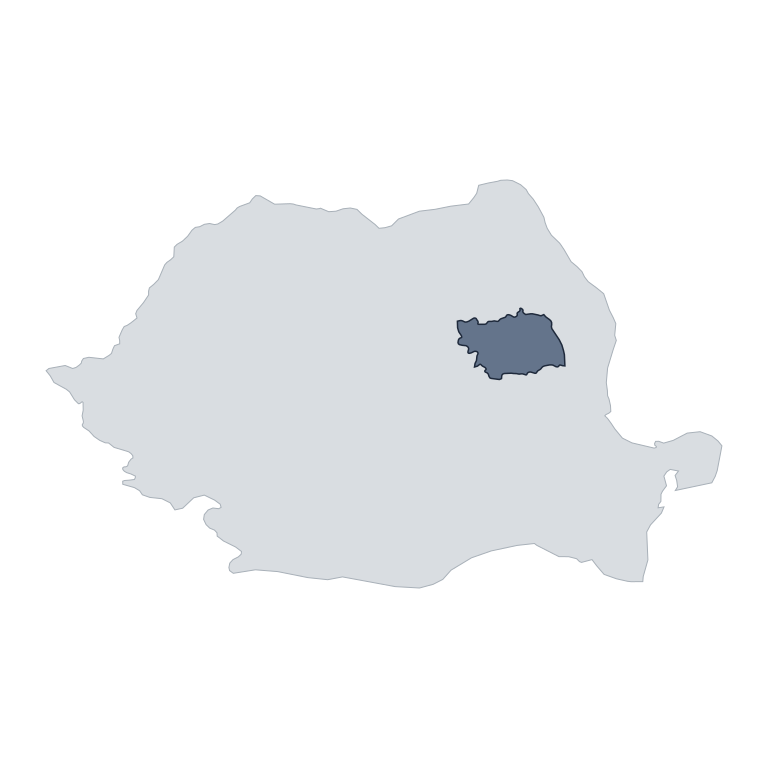 location of Bacau within Romania
{"feature_id": "ROU-312", "entity_name": "Bacau", "entity_type": "County", "adm_level": 1, "iso_a3": "ROU", "parent_name": "Romania", "parent_adm1": "", "projection": "robinson", "projection_center": [26.661, 46.412], "detail": "fine", "context": "in_parent", "style": "filled", "palette": "slate", "viewbox_px": 768, "rotation_deg": 0, "n_neighbors": 0, "source": "natural_earth", "source_scale": "10m", "svg_char_len": 5754}
<svg xmlns="http://www.w3.org/2000/svg" viewBox="0 0 768 768"><path d="M614.8,428.9L622.4,438.1L632.0,442.9L654.2,448.1L656.2,447.5L656.4,446.5L654.8,445.2L654.6,443.5L655.6,441.4L658.7,441.3L663.7,443.1L673.2,440.4L687.2,433.1L700.1,431.7L711.9,436.0L718.0,441.0L721.9,445.8L720.8,451.7L720.1,455.4L717.2,470.6L715.2,476.4L711.8,482.8L675.3,490.5L677.6,486.8L676.7,480.4L675.1,475.5L678.5,471.0L670.2,469.4L666.7,471.9L663.9,476.1L666.5,485.8L662.5,491.2L661.0,494.2L660.9,501.4L658.6,504.4L658.1,507.8L664.0,506.9L661.4,513.1L650.5,524.9L646.7,532.0L647.9,559.9L643.2,576.6L642.8,581.6L631.1,581.7L627.6,581.3L616.5,578.8L604.1,574.4L596.7,565.8L592.0,559.6L581.5,562.4L579.5,561.6L576.6,558.7L568.7,556.7L558.9,556.6L536.9,545.4L534.4,543.5L517.2,545.4L491.3,550.9L471.5,557.8L451.1,570.1L442.8,579.4L433.2,584.3L419.5,588.0L395.1,586.6L369.7,581.9L342.5,576.9L327.7,579.7L307.8,577.6L277.8,571.6L255.4,569.8L233.3,573.3L229.6,570.6L228.9,567.5L229.8,563.1L233.0,559.6L238.3,556.9L241.2,554.2L241.5,551.5L235.6,547.0L223.5,541.0L218.5,537.1L217.2,536.2L217.0,532.8L214.5,530.1L209.7,528.1L206.1,524.6L203.6,519.4L204.3,514.6L208.1,510.0L212.9,508.0L218.7,508.7L221.1,507.4L220.2,504.2L214.6,500.1L204.3,495.1L193.7,497.8L182.7,508.2L174.9,509.9L170.3,502.9L161.9,498.7L149.8,497.4L142.4,494.8L139.6,490.7L134.4,487.6L122.8,484.3L122.7,481.2L124.6,480.5L128.8,480.2L134.4,479.5L135.3,477.7L135.4,476.1L131.0,474.0L126.6,472.6L124.3,471.2L122.9,469.6L122.6,468.0L124.0,466.9L125.8,466.8L127.6,465.9L128.7,462.2L131.1,459.1L132.9,458.0L132.8,455.7L131.1,453.6L128.7,451.8L125.2,450.7L114.1,447.4L108.6,443.0L105.2,442.8L99.8,440.4L94.1,436.5L89.1,431.0L83.7,427.4L82.4,425.9L82.3,424.6L83.3,423.0L83.4,421.3L82.1,415.9L83.2,410.2L83.1,404.9L83.1,402.5L82.1,401.7L81.1,402.5L79.7,403.6L78.4,403.7L74.5,399.8L69.6,391.9L66.2,389.2L59.6,385.6L54.0,382.5L50.2,375.8L46.1,370.7L48.9,368.5L65.2,365.5L72.7,368.5L76.1,367.4L79.4,365.0L81.3,363.1L81.7,361.1L83.4,358.5L88.9,357.3L103.3,358.9L109.2,355.3L111.5,353.4L112.9,349.1L114.5,345.7L119.7,343.8L119.7,340.7L119.0,337.3L122.3,329.7L124.2,326.5L127.1,325.4L130.7,323.0L137.0,318.0L135.7,313.7L137.0,310.4L143.5,302.6L148.6,295.0L148.6,291.2L149.4,287.9L153.8,284.3L158.4,279.6L164.7,264.9L166.9,262.4L170.8,259.6L173.8,256.8L174.3,247.1L177.1,244.3L182.4,241.2L187.7,236.2L192.0,230.2L195.3,227.4L199.7,226.7L204.4,224.3L209.6,223.5L214.6,224.6L217.8,224.0L222.7,221.1L235.3,210.2L237.1,208.0L239.6,206.5L249.7,202.8L252.3,199.0L255.8,195.6L260.2,195.9L274.6,204.2L290.1,203.7L293.0,204.0L293.9,204.2L295.8,204.9L316.3,209.0L319.5,208.6L320.4,208.2L328.7,211.7L336.0,211.2L343.0,208.8L350.3,208.0L357.0,209.4L362.0,214.3L375.1,224.5L379.0,228.3L385.0,227.7L391.7,225.8L398.5,219.0L419.4,211.2L435.2,209.3L450.7,206.2L468.6,204.0L473.8,197.6L476.7,193.3L478.7,185.3L488.3,183.0L497.5,181.3L500.7,180.3L507.4,180.0L512.6,180.7L520.6,184.7L526.2,189.6L528.4,193.6L533.2,199.1L538.3,206.9L543.9,217.3L545.1,222.6L547.2,228.3L551.4,235.2L559.4,242.9L560.5,244.3L564.1,249.7L571.1,261.7L576.9,266.5L582.0,271.7L584.5,276.9L588.2,281.7L596.7,288.0L603.7,293.7L609.4,310.2L613.3,317.8L615.8,323.6L614.7,335.4L616.3,340.4L613.2,349.6L607.6,368.0L606.3,382.7L607.4,390.7L607.6,395.8L609.0,399.0L610.5,405.7L610.8,411.5L608.8,413.2L605.9,414.6L604.8,415.8L607.5,418.4L611.1,423.3L614.8,428.9Z" fill="#d9dde1" stroke="#a8b0b8" stroke-width="1"/><path d="M491.1,378.4L489.9,377.9L489.5,377.2L489.0,376.4L488.4,374.5L488.0,373.7L487.4,373.1L486.6,372.6L485.2,372.0L484.8,371.2L485.0,370.5L486.0,369.6L486.1,369.0L485.8,368.3L485.1,367.5L482.5,366.1L481.9,365.6L480.9,364.6L480.4,364.3L479.7,364.4L477.5,366.1L474.5,367.0L475.0,363.7L475.4,362.7L476.2,361.2L476.5,360.3L476.9,356.7L477.0,355.9L478.0,353.6L477.9,352.8L477.5,352.0L476.3,351.4L475.3,351.3L474.2,351.4L471.4,352.8L469.6,353.3L468.6,353.2L468.0,352.7L468.0,351.4L468.6,349.3L468.6,348.3L468.2,347.3L467.1,346.3L466.1,345.7L462.3,345.3L459.4,344.6L458.4,343.8L458.0,342.5L458.4,340.1L459.0,338.9L460.0,338.1L461.0,337.8L461.7,337.2L461.6,336.2L460.7,334.6L459.7,333.2L458.8,331.8L457.6,327.8L457.4,321.2L460.0,320.6L461.0,320.5L462.6,320.9L464.6,321.9L465.5,322.1L466.9,321.9L468.8,321.2L473.1,318.5L473.9,318.1L474.8,318.0L475.8,318.3L476.3,318.8L477.1,320.2L477.6,320.8L477.9,321.4L478.1,322.1L478.1,322.7L477.9,323.3L477.8,323.8L478.0,324.1L478.8,324.3L484.5,324.3L485.7,324.1L486.4,323.6L487.0,322.9L487.6,322.1L488.2,321.6L489.0,321.4L491.7,321.4L494.2,320.9L497.2,321.4L498.1,321.3L498.7,320.8L500.1,319.3L501.1,318.7L505.4,317.2L506.0,316.5L506.6,315.3L507.5,314.8L508.8,314.7L510.7,315.3L512.9,316.6L513.8,317.1L514.9,317.1L516.0,316.6L516.8,316.0L517.2,315.4L517.3,314.7L517.1,313.9L517.2,313.2L517.5,312.6L519.4,311.3L519.9,310.7L520.0,309.9L520.0,309.3L519.9,308.6L520.3,308.3L521.0,308.3L522.5,309.3L522.9,310.0L523.0,310.7L522.8,311.2L522.9,311.8L523.3,312.7L524.3,313.6L525.7,314.5L530.7,313.8L532.4,313.8L538.2,315.0L538.9,315.3L541.0,315.8L543.8,314.6L544.8,315.7L545.2,316.3L546.2,317.2L549.4,319.5L550.8,320.8L551.6,322.4L551.7,324.6L551.4,326.6L551.8,328.6L559.2,339.7L561.9,345.1L563.5,350.6L564.4,354.7L564.9,365.9L562.7,365.7L560.2,365.0L559.6,365.1L559.0,365.7L558.7,366.2L558.1,366.7L557.3,366.9L556.0,366.7L552.9,365.1L551.5,364.9L549.7,364.9L544.5,365.9L542.7,366.7L541.9,367.5L540.7,369.0L539.9,369.6L538.0,370.7L537.3,371.4L536.5,372.7L535.9,373.2L535.0,373.3L531.3,372.2L530.3,372.0L529.2,372.1L528.0,372.6L527.4,373.2L527.0,373.9L526.8,374.5L526.5,374.8L525.9,374.9L523.1,374.0L522.1,373.8L520.8,373.9L519.4,374.1L518.3,374.0L516.5,373.6L513.4,373.5L511.3,373.2L504.4,373.5L503.2,373.8L502.4,374.5L501.9,375.2L501.7,376.0L501.6,377.7L501.5,378.6L499.4,379.5L491.1,378.4Z" fill="#64748b" stroke="#1e293b" stroke-width="1.5"/></svg>